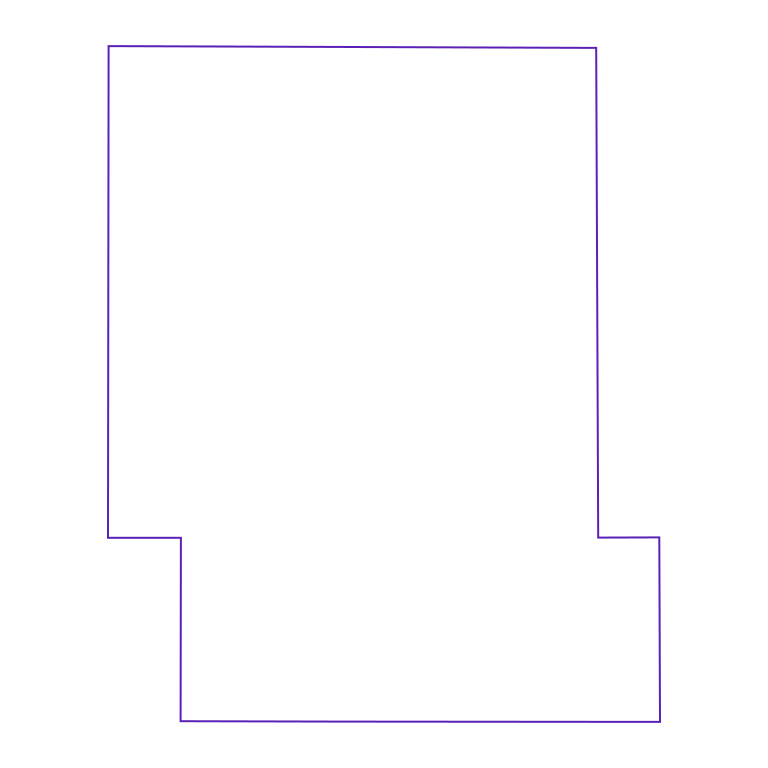 Audubon, Iowa, United States of America (Albers equal-area conic projection)
{"feature_id": "52423323B14166317178885", "entity_name": "Audubon", "entity_type": "district", "adm_level": 2, "iso_a3": "USA", "parent_name": "United States of America", "parent_adm1": "Iowa", "projection": "albers", "projection_center": [-94.918, 41.684], "detail": "fine", "context": "isolated", "style": "outline", "palette": "violet", "viewbox_px": 768, "rotation_deg": 0, "n_neighbors": 0, "source": "geoboundaries", "source_scale": "gbopen_adm2", "svg_char_len": 244}
<svg xmlns="http://www.w3.org/2000/svg" viewBox="0 0 768 768"><path d="M108.6,46.1L108.0,537.8L180.9,537.8L180.6,721.2L341.8,721.6L660.0,721.9L659.3,537.4L598.2,537.6L596.2,47.9L108.6,46.1Z" fill="none" stroke="#5b21b6" stroke-width="2"/></svg>